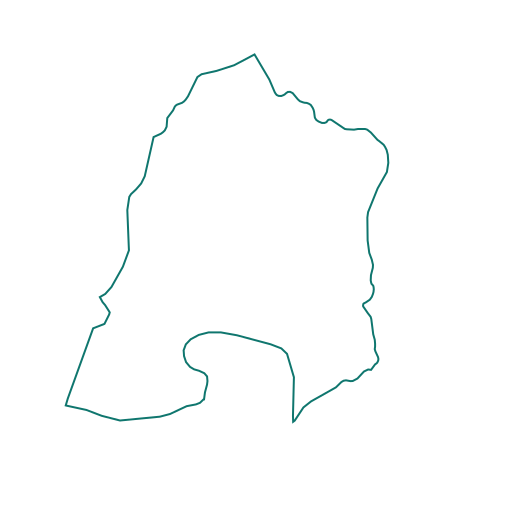 SVG path tracing the border of Batdâmbâng, rotated 285°
{"feature_id": "KHM-1778", "entity_name": "Batdâmbâng", "entity_type": "Province", "adm_level": 1, "iso_a3": "KHM", "parent_name": "Cambodia", "parent_adm1": "", "projection": "albers", "projection_center": [103.119, 12.947], "detail": "fine", "context": "isolated", "style": "outline", "palette": "teal", "viewbox_px": 512, "rotation_deg": 285, "n_neighbors": 0, "source": "natural_earth", "source_scale": "10m", "svg_char_len": 2362}
<svg xmlns="http://www.w3.org/2000/svg" viewBox="0 0 512 512"><g transform="rotate(285 256 256)"><path d="M175.8,396.6L175.4,393.7L172.4,390.2L163.9,385.7L160.3,381.8L159.6,379.7L159.2,375.1L158.2,372.9L156.4,371.1L149.8,367.2L129.8,346.8L122.0,341.0L107.0,336.0L105.5,334.8L111.1,333.1L148.7,324.0L169.5,311.3L173.3,304.4L174.5,293.1L174.5,258.1L173.1,241.7L170.0,230.1L165.0,221.2L158.7,214.5L152.5,211.1L146.2,210.5L140.7,212.4L135.4,215.9L131.8,221.0L130.5,225.5L130.4,230.7L129.4,236.4L127.0,239.9L122.6,241.5L119.1,242.0L111.1,242.0L104.2,242.9L104.2,242.6L99.7,239.9L97.1,236.4L93.0,227.9L81.1,213.8L75.9,204.7L62.2,168.0L61.9,167.3L61.7,148.4L63.4,132.0L62.4,111.6L62.4,110.9L69.6,111.1L144.0,117.4L151.2,127.2L161.5,129.3L163.7,129.3L169.5,123.0L171.7,119.8L175.9,115.8L180.3,120.2L188.6,124.4L211.2,130.2L228.6,131.8L232.4,130.6L267.1,119.8L280.3,118.3L283.5,119.3L289.3,122.9L296.3,126.3L304.2,127.9L344.4,126.3L349.5,132.5L351.5,134.1L353.7,135.4L357.7,136.2L366.3,134.6L375.2,138.2L379.2,138.9L380.5,139.5L381.8,140.6L384.8,144.9L386.6,146.4L388.8,147.6L392.7,149.0L413.7,153.1L417.5,156.4L424.6,170.0L434.6,185.5L450.3,202.4L429.9,223.2L419.2,231.6L418.0,232.8L416.9,234.3L416.5,236.4L417.1,239.0L418.5,240.9L419.5,241.9L421.2,243.0L422.7,244.3L423.4,246.5L422.8,249.3L418.2,255.8L416.9,258.3L416.6,261.5L416.6,263.2L417.0,265.4L416.8,267.5L416.1,269.8L413.9,272.3L412.2,273.7L410.5,274.7L405.2,276.9L404.3,277.6L403.0,279.1L402.1,281.6L401.6,285.3L402.3,287.8L403.5,289.4L405.5,290.2L406.1,290.6L406.5,291.1L406.8,291.8L407.0,292.7L407.0,293.2L406.8,294.2L401.7,308.9L401.9,310.9L403.4,318.0L405.1,321.7L406.9,328.6L406.9,329.6L406.8,330.8L405.0,335.0L399.6,343.3L399.1,344.7L398.9,345.2L396.5,350.5L394.7,352.5L392.2,354.7L387.9,357.1L380.2,359.7L371.0,360.7L352.8,356.0L327.4,352.9L322.0,353.6L299.9,359.8L288.3,364.6L282.4,368.8L277.7,371.3L274.8,371.9L267.3,372.0L262.2,373.1L260.1,374.1L259.0,374.8L258.0,376.4L257.4,377.1L256.2,377.7L254.3,378.4L251.7,378.8L249.6,378.8L247.8,378.6L246.3,378.4L243.2,377.2L239.6,374.1L238.1,372.4L237.5,372.1L236.0,372.2L235.0,372.6L229.9,378.6L226.9,382.5L224.9,383.7L210.7,389.5L205.8,392.4L201.9,393.8L199.2,394.5L196.8,394.8L194.8,396.0L190.0,400.0L188.2,400.9L186.5,401.1L185.4,400.9L184.3,400.7L183.7,400.3L183.3,400.1L182.2,399.1L175.8,396.6Z" fill="none" stroke="#0f766e" stroke-width="2"/></g></svg>